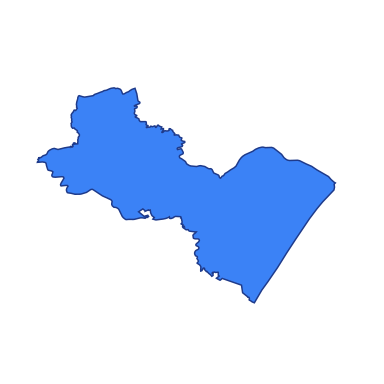 outline of Trieu Phong, Quảng Trị, Vietnam, rotated 74°
{"feature_id": "81297802B12813150904873", "entity_name": "Trieu Phong", "entity_type": "district", "adm_level": 2, "iso_a3": "VNM", "parent_name": "Vietnam", "parent_adm1": "Quảng Trị", "projection": "equal_earth", "projection_center": [107.119, 16.775], "detail": "fine", "context": "isolated", "style": "filled", "palette": "blue", "viewbox_px": 384, "rotation_deg": 74, "n_neighbors": 0, "source": "geoboundaries", "source_scale": "gbopen_adm2", "svg_char_len": 6059}
<svg xmlns="http://www.w3.org/2000/svg" viewBox="0 0 384 384"><g transform="rotate(74 192 192)"><path d="M68.3,273.9L68.5,274.7L69.9,275.8L70.8,276.1L73.8,278.0L76.0,279.0L78.0,279.2L78.5,279.6L79.9,279.2L81.6,281.4L81.5,281.7L80.9,282.3L80.9,282.9L82.2,283.9L82.4,284.5L82.8,284.8L83.3,285.7L84.7,287.0L85.9,286.9L86.7,287.5L88.7,287.5L90.5,288.1L91.6,288.0L92.9,289.4L93.9,289.4L94.6,289.7L96.1,289.9L97.8,289.2L98.0,287.7L98.2,287.4L99.2,287.2L101.4,285.3L102.1,285.4L102.7,285.9L103.6,285.2L105.7,284.4L107.0,284.8L108.0,286.3L108.7,286.3L110.5,287.5L112.0,287.7L112.9,288.3L113.6,288.3L114.2,288.6L114.0,289.0L113.9,290.1L113.6,290.4L112.8,290.8L112.8,291.5L112.9,291.9L112.3,291.8L112.3,292.4L113.0,292.9L113.5,292.3L113.4,293.1L113.6,293.8L115.0,293.7L115.2,294.4L115.6,294.3L115.8,295.1L115.3,295.6L114.7,295.8L114.9,296.4L115.4,296.9L115.0,297.2L114.7,299.7L114.4,302.6L114.2,309.1L112.1,312.4L112.0,314.5L112.5,317.2L113.1,318.7L113.5,319.3L115.4,321.0L116.0,322.4L116.1,325.2L117.2,327.6L116.8,329.9L117.1,330.0L117.4,329.5L117.7,329.5L117.8,330.6L118.2,331.1L118.6,330.7L120.0,331.1L120.1,331.9L120.2,332.0L120.5,331.5L120.6,332.0L120.9,332.3L121.9,327.4L123.0,325.2L123.6,324.6L124.5,324.4L126.6,324.6L130.9,324.5L131.6,323.9L133.1,321.1L134.2,320.2L135.6,320.9L137.1,322.1L138.1,322.2L138.8,321.9L139.3,321.3L140.1,319.3L141.4,312.9L141.8,312.0L142.3,311.4L143.5,311.3L147.4,315.4L148.6,316.3L149.2,316.4L149.8,316.4L150.1,316.0L150.8,311.8L151.3,310.1L151.8,309.7L152.3,309.6L154.0,311.4L155.2,312.1L156.3,312.3L158.1,312.1L158.6,311.5L159.8,308.8L161.9,305.1L163.2,300.3L163.4,298.8L163.3,293.5L161.7,288.5L161.9,287.2L162.3,286.6L171.0,279.2L177.0,272.2L178.0,271.6L179.1,271.4L180.9,272.3L182.0,272.6L183.4,272.4L185.1,271.3L186.0,269.1L187.6,267.6L188.6,267.1L196.2,265.8L197.8,265.1L200.0,263.5L200.4,262.8L200.9,260.2L202.2,256.0L202.4,254.8L202.6,248.9L203.0,247.2L204.3,244.3L203.8,244.0L204.0,242.5L203.5,242.5L204.1,241.6L203.8,241.4L203.1,242.0L203.0,241.3L203.7,241.1L203.6,240.5L202.2,240.9L202.2,244.7L196.3,248.8L194.7,243.9L197.1,242.2L197.6,242.4L197.2,238.8L197.7,238.6L197.8,237.1L200.7,237.5L203.7,237.0L206.1,235.3L206.5,236.1L207.3,237.1L208.9,234.4L210.0,227.3L210.2,224.6L210.0,221.6L209.6,220.6L211.2,220.6L211.7,219.6L211.6,217.5L211.3,216.4L211.0,216.0L210.9,214.6L212.6,209.7L213.2,209.5L213.9,210.0L214.3,209.5L217.7,209.7L219.0,210.2L219.4,210.6L219.4,211.1L219.9,211.2L220.7,209.8L221.0,210.1L221.6,210.0L222.2,210.6L222.6,210.5L222.8,210.3L222.6,209.2L223.5,208.9L223.5,209.4L223.8,210.4L226.7,208.1L227.1,206.1L228.3,205.8L229.0,205.1L231.0,200.5L231.5,198.9L232.2,199.9L233.0,201.9L233.5,202.6L233.8,203.0L236.5,203.4L237.0,203.2L237.9,201.9L238.7,199.2L239.3,198.4L240.1,198.2L240.7,198.3L241.8,199.5L243.0,202.1L243.7,202.8L244.2,202.9L244.8,202.7L246.0,201.3L246.6,200.9L247.3,200.7L248.4,201.2L248.8,201.8L249.2,204.0L249.5,204.7L250.1,205.5L251.3,206.3L252.4,206.5L254.3,206.2L255.1,205.1L255.7,204.7L256.1,204.7L257.3,205.6L259.1,205.0L260.0,204.9L260.6,205.1L261.6,206.6L261.9,206.7L264.2,204.7L266.0,204.1L267.1,204.3L269.2,205.1L270.4,205.4L270.4,204.5L270.3,204.1L268.4,202.4L268.3,202.0L268.6,201.2L268.9,201.0L269.8,201.4L272.5,200.1L272.4,199.6L274.9,198.3L276.7,197.0L278.5,196.2L278.2,195.1L277.9,194.7L277.0,194.6L276.4,194.2L275.5,195.0L275.0,194.4L275.2,192.2L275.8,191.7L276.3,189.0L276.5,188.9L279.3,189.7L280.3,189.1L281.6,192.3L282.9,191.1L284.5,189.4L284.5,189.0L283.4,186.8L295.2,170.1L302.8,171.1L307.9,167.5L308.5,167.4L309.0,166.3L310.3,166.2L311.4,166.8L311.8,166.7L312.4,165.9L314.2,164.5L315.7,162.6L305.5,151.9L299.4,144.1L288.4,130.8L276.6,117.7L265.9,105.3L250.1,86.5L242.4,76.3L237.5,69.1L229.2,55.0L226.7,53.7L223.6,53.2L222.8,51.7L221.5,52.9L218.3,54.9L214.8,56.5L205.3,65.7L200.3,69.9L196.5,74.5L191.6,79.9L190.6,81.7L188.6,89.6L187.7,91.4L186.4,92.7L184.4,94.1L180.5,95.5L172.3,101.4L171.1,103.1L169.6,109.2L168.4,111.4L168.1,112.9L168.0,115.7L168.5,119.3L169.6,122.4L170.8,130.8L171.7,133.6L172.7,135.4L174.3,137.6L179.3,142.6L180.4,145.1L181.4,149.0L182.6,152.3L183.3,155.1L185.0,157.2L185.1,158.7L186.4,160.4L186.5,161.0L185.4,161.6L183.7,161.6L183.0,161.9L180.0,165.5L179.5,165.9L176.0,166.5L175.0,167.2L174.7,167.7L174.5,168.9L173.8,170.0L171.0,172.7L169.1,176.4L168.8,177.7L168.8,180.5L166.6,186.1L165.6,187.5L163.4,189.4L160.9,189.9L157.1,192.9L156.2,194.0L155.6,194.4L154.4,194.4L153.6,193.9L153.4,193.4L152.8,190.2L152.5,189.9L151.5,189.5L147.8,190.2L147.5,190.5L147.3,191.1L147.3,194.1L147.1,194.3L146.0,194.2L145.7,193.8L145.5,193.0L145.7,190.6L145.5,188.9L144.7,188.2L144.3,188.2L143.6,188.8L142.9,188.8L142.5,185.6L142.1,185.1L141.4,185.1L140.5,186.9L139.5,188.0L138.8,187.9L137.6,187.0L137.2,186.9L135.9,188.7L133.6,189.2L133.1,190.6L132.8,191.1L132.4,193.3L132.1,193.3L131.2,192.5L128.4,193.8L127.4,193.6L126.5,194.7L125.3,195.3L124.9,196.3L125.2,196.8L126.4,197.0L126.6,197.9L126.5,199.2L125.6,201.2L125.8,202.0L126.6,203.5L126.6,204.3L126.4,204.5L126.2,204.5L124.2,202.3L123.2,202.0L122.9,204.3L121.2,203.1L119.7,205.2L118.5,205.9L118.3,206.2L118.5,206.9L119.7,208.2L120.0,208.9L119.7,209.3L118.4,209.3L118.2,209.5L118.3,212.3L117.4,213.3L117.4,213.7L117.9,214.2L118.1,215.0L117.7,215.7L117.6,217.8L117.1,218.0L116.4,216.2L116.0,216.0L115.2,217.2L114.6,217.6L113.4,216.9L111.9,216.8L111.5,217.3L110.2,222.0L109.9,222.4L108.7,223.0L107.1,222.9L105.7,224.2L104.5,225.8L104.1,225.8L103.8,225.6L103.7,224.6L103.5,224.1L103.2,224.0L101.7,225.6L100.7,225.8L100.2,225.7L98.6,224.6L96.4,224.4L96.2,224.2L96.1,223.7L95.9,221.9L95.1,221.2L94.5,221.3L93.9,222.4L93.7,223.6L93.4,223.7L93.0,222.8L92.5,218.2L92.3,217.8L91.6,217.4L91.3,217.4L89.9,218.6L89.2,218.8L82.4,218.0L76.6,218.2L76.8,221.5L77.4,223.6L78.1,225.3L78.3,227.7L78.9,229.8L78.9,230.9L78.8,231.4L78.1,231.7L75.2,232.0L74.1,232.3L73.3,232.8L71.8,234.9L71.5,237.0L70.8,237.5L70.4,238.3L70.0,241.2L70.1,242.7L70.6,246.3L70.3,248.5L70.8,250.6L70.8,252.1L71.2,255.9L71.3,258.4L71.6,259.5L72.1,260.0L72.1,261.0L71.2,269.0L70.4,270.6L68.3,273.9Z" fill="#3b82f6" stroke="#1e3a8a" stroke-width="1.5"/></g></svg>